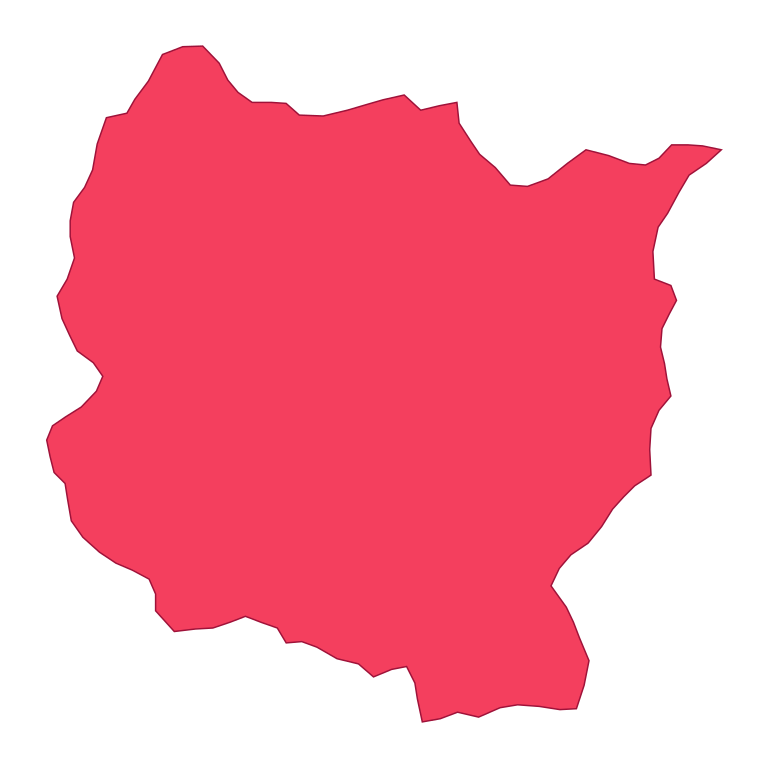 Santa Efigênia de Minas, Minas Gerais, Brazil (Albers equal-area conic projection)
{"feature_id": "56859067B31006487845376", "entity_name": "Santa Efigênia de Minas", "entity_type": "district", "adm_level": 2, "iso_a3": "BRA", "parent_name": "Brazil", "parent_adm1": "Minas Gerais", "projection": "albers", "projection_center": [-42.4, -18.864], "detail": "fine", "context": "isolated", "style": "filled", "palette": "rose", "viewbox_px": 768, "rotation_deg": 0, "n_neighbors": 0, "source": "geoboundaries", "source_scale": "gbopen_adm2", "svg_char_len": 1645}
<svg xmlns="http://www.w3.org/2000/svg" viewBox="0 0 768 768"><path d="M576.4,708.7L584.1,685.3L589.0,660.7L579.5,638.0L573.4,622.1L566.3,607.2L551.0,585.9L559.3,568.4L570.9,554.8L588.1,543.1L601.6,526.6L612.6,509.1L623.7,496.8L634.7,485.8L651.0,475.1L649.7,449.5L651.0,428.4L659.0,410.3L670.9,396.0L666.9,378.9L664.5,363.6L660.5,347.1L662.0,328.6L669.4,313.7L676.5,300.4L670.9,285.5L654.4,279.1L652.9,251.5L658.1,227.2L667.6,213.3L679.0,192.2L689.1,175.1L706.3,163.4L721.3,149.8L702.6,145.9L688.2,144.9L671.6,144.9L659.0,158.2L645.5,165.0L629.3,163.4L608.7,155.6L586.0,149.8L567.9,163.0L548.0,178.9L527.5,186.4L510.3,185.1L495.3,167.6L479.6,154.3L471.0,141.6L459.1,123.2L456.9,102.4L439.5,105.7L420.7,110.2L404.2,95.0L383.0,99.8L367.1,104.4L347.4,110.2L323.2,116.0L299.3,115.1L286.1,103.4L271.1,102.4L252.1,102.4L238.0,92.4L227.8,80.1L219.2,63.2L202.7,46.1L182.7,46.7L162.5,54.5L148.4,81.1L134.9,99.2L126.9,113.2L106.4,117.7L97.2,144.0L92.6,169.9L84.6,187.4L73.6,202.3L70.2,220.8L70.2,236.6L74.5,258.0L67.2,279.1L57.1,296.2L62.0,318.6L69.7,335.4L77.3,351.0L93.3,362.7L102.8,376.3L96.4,391.2L81.3,407.0L65.7,416.8L52.5,425.8L46.7,440.1L50.1,456.6L54.1,472.5L65.1,483.5L67.6,499.4L71.3,520.8L82.9,537.3L99.5,552.2L116.0,563.2L132.0,570.0L149.1,579.1L155.6,594.0L155.6,610.8L174.3,631.5L195.4,629.0L212.9,628.0L230.4,622.1L245.4,616.3L261.6,622.5L277.3,628.0L286.2,642.9L301.8,641.6L316.8,647.1L337.0,658.7L358.5,663.9L373.5,676.9L391.6,669.4L406.6,666.5L414.9,683.0L417.4,698.9L422.3,721.9L440.3,718.7L457.5,712.2L478.6,717.1L500.1,707.7L517.6,704.8L539.3,706.4L559.9,709.6L576.4,708.7Z" fill="#f43f5e" stroke="#9f1239" stroke-width="1.5"/></svg>